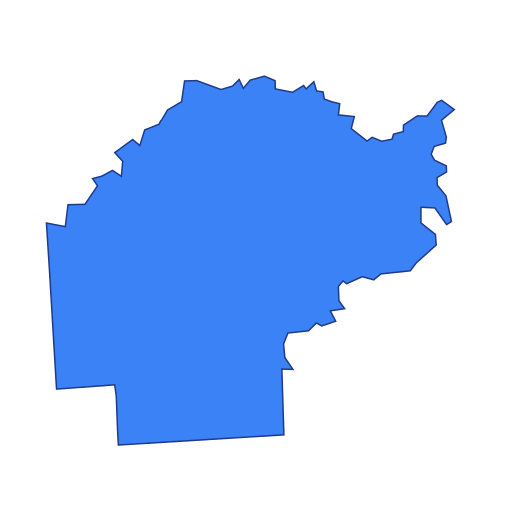 Arkansas, Arkansas, United States of America, rotated 265°
{"feature_id": "52423323B37981066335759", "entity_name": "Arkansas", "entity_type": "district", "adm_level": 2, "iso_a3": "USA", "parent_name": "United States of America", "parent_adm1": "Arkansas", "projection": "orthographic", "projection_center": [-91.279, 34.253], "detail": "fine", "context": "isolated", "style": "filled", "palette": "blue", "viewbox_px": 512, "rotation_deg": 265, "n_neighbors": 0, "source": "geoboundaries", "source_scale": "gbopen_adm2", "svg_char_len": 1396}
<svg xmlns="http://www.w3.org/2000/svg" viewBox="0 0 512 512"><g transform="rotate(265 256 256)"><path d="M79.7,102.4L76.7,219.0L75.4,268.2L141.1,271.9L139.8,282.9L152.3,275.9L166.0,275.8L176.5,281.1L176.9,301.8L184.0,310.3L180.6,315.4L184.1,329.7L194.9,325.2L195.8,339.7L204.2,334.7L218.5,335.4L223.6,340.6L220.5,343.8L226.1,360.1L222.0,371.2L227.3,379.0L227.8,408.4L235.1,415.0L251.3,436.5L261.8,436.6L274.6,423.2L290.2,424.6L288.3,438.4L270.7,448.6L273.3,453.7L299.3,450.5L310.7,442.8L318.3,443.2L323.1,453.2L329.2,453.4L335.9,442.2L342.1,439.4L349.7,443.1L351.9,454.6L357.7,456.0L375.1,452.6L384.6,466.3L394.9,454.5L393.3,450.0L380.5,438.6L381.5,429.0L373.5,414.3L367.1,413.6L365.4,403.6L360.5,401.7L359.4,391.2L364.1,382.0L360.8,376.7L374.6,362.0L386.3,366.1L389.4,350.4L400.4,352.7L402.9,345.3L402.9,345.2L406.4,337.7L413.6,337.1L415.2,330.7L424.6,328.8L418.1,320.5L421.7,318.3L415.9,306.7L420.8,289.8L429.0,290.3L434.4,280.0L431.7,265.5L424.1,258.0L433.3,254.6L427.3,247.4L424.9,235.7L435.9,212.2L436.6,200.1L416.2,195.3L409.2,180.6L400.0,174.1L398.7,172.7L397.8,172.1L395.9,171.1L395.6,170.5L391.3,156.1L376.2,149.9L382.8,143.3L371.3,124.3L361.9,131.5L347.1,128.8L353.8,120.5L349.0,109.4L347.4,100.0L339.7,104.2L322.4,90.1L323.5,73.2L301.9,68.6L307.1,50.1L259.7,49.0L140.8,45.7L140.0,104.0L128.7,104.6L94.6,102.9L79.7,102.4Z" fill="#3b82f6" stroke="#1e3a8a" stroke-width="1.5"/></g></svg>